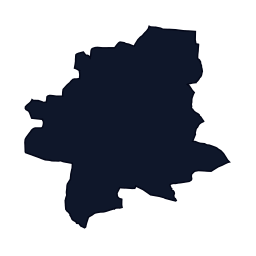 outline of Kahama Township Authority, Shinyanga, United Republic of Tanzania, rotated 95°
{"feature_id": "72390352B16659808480234", "entity_name": "Kahama Township Authority", "entity_type": "district", "adm_level": 2, "iso_a3": "TZA", "parent_name": "United Republic of Tanzania", "parent_adm1": "Shinyanga", "projection": "natural_earth1", "projection_center": [32.63, -3.838], "detail": "fine", "context": "isolated", "style": "filled", "palette": "ink", "viewbox_px": 256, "rotation_deg": 95, "n_neighbors": 0, "source": "geoboundaries", "source_scale": "gbopen_adm2", "svg_char_len": 5466}
<svg xmlns="http://www.w3.org/2000/svg" viewBox="0 0 256 256"><g transform="rotate(95 128 128)"><path d="M24.8,115.8L25.7,116.0L26.0,116.1L27.0,116.2L28.5,117.1L29.5,117.7L30.2,118.2L31.8,119.6L32.2,119.8L33.0,120.5L34.7,121.6L36.4,123.6L39.2,125.8L40.6,126.5L44.1,128.3L45.7,128.7L45.8,130.1L44.4,134.7L44.2,137.2L43.9,138.2L43.4,139.2L43.3,140.4L43.1,143.4L43.4,143.9L43.8,144.5L44.5,145.1L46.0,146.2L49.3,148.3L50.4,160.5L50.4,164.7L50.4,165.5L50.6,166.7L50.8,167.7L51.2,168.7L51.7,169.9L52.2,170.7L53.0,171.2L54.4,171.5L59.3,171.5L60.1,171.7L61.4,171.8L60.2,172.8L59.7,173.3L59.3,174.0L59.1,175.2L59.2,175.8L59.4,176.3L56.2,179.1L57.9,183.8L58.8,185.5L59.5,186.2L61.1,186.3L62.4,186.2L64.1,186.2L64.9,186.1L66.3,186.0L68.0,186.1L68.8,186.1L69.9,186.2L73.0,186.5L73.5,184.6L75.1,181.2L75.8,181.4L76.5,181.2L77.3,181.0L78.5,180.7L79.6,180.6L80.9,180.6L83.0,180.6L83.6,183.0L83.9,185.8L84.1,186.2L84.4,187.1L86.3,188.8L88.0,189.9L89.1,191.1L90.0,191.9L90.5,192.4L95.1,195.9L95.7,196.0L98.2,196.1L100.2,196.0L102.0,195.9L102.6,202.0L102.4,206.0L102.4,208.8L103.1,210.6L104.0,211.4L106.8,211.4L109.4,211.7L109.6,212.9L109.8,213.7L109.9,214.8L109.4,215.9L108.9,218.1L108.5,219.6L108.8,224.9L108.1,226.1L108.8,226.3L110.7,227.3L112.1,228.6L113.8,230.4L115.8,232.0L117.4,232.0L118.5,231.2L119.8,228.4L121.5,227.2L126.6,224.8L126.8,213.9L127.6,213.7L128.4,213.1L129.5,212.7L130.9,212.6L131.5,212.6L132.9,212.8L134.4,213.1L135.5,214.0L135.7,215.9L136.1,220.5L136.9,222.2L138.5,223.8L139.0,224.1L140.4,224.8L141.4,225.5L142.5,226.2L143.8,227.0L145.0,227.7L145.9,228.3L146.1,228.4L147.0,228.8L148.1,229.3L149.0,229.4L151.5,229.4L154.3,229.0L155.3,228.9L158.4,228.5L160.4,228.3L161.4,227.9L164.5,216.2L165.4,212.9L165.7,212.1L166.5,209.2L166.9,207.7L166.9,207.4L166.7,207.4L166.9,207.0L166.9,206.9L166.9,205.6L166.9,205.4L166.9,204.1L166.9,203.7L167.1,202.1L167.2,201.4L167.3,201.0L167.2,199.7L167.2,199.1L167.1,198.1L167.0,196.5L167.0,196.2L167.0,195.9L166.9,194.3L166.7,193.5L166.5,192.8L166.5,191.6L166.9,190.7L167.0,190.0L167.2,189.0L167.4,186.9L167.5,185.5L167.7,183.6L168.0,180.4L168.5,180.3L169.8,180.2L172.8,180.1L174.0,180.3L176.4,180.6L178.9,180.9L179.1,180.9L184.5,180.9L184.8,181.2L184.8,181.3L188.0,182.9L188.9,183.4L190.0,183.6L191.0,183.7L193.5,183.6L196.3,183.7L197.1,183.7L197.4,183.7L197.5,183.6L198.1,183.6L199.3,183.3L200.4,183.1L202.6,183.7L204.5,184.0L205.3,184.0L205.6,184.2L208.0,183.9L208.4,183.8L208.5,183.8L209.8,183.6L210.7,183.5L214.2,182.9L214.3,182.9L215.1,182.2L215.6,181.9L216.1,181.4L216.5,180.8L216.9,180.1L217.4,179.6L217.5,179.5L217.9,179.2L218.0,179.0L218.2,178.8L218.8,178.4L219.0,178.0L219.7,178.1L220.1,178.1L220.3,177.8L220.5,177.7L221.0,177.3L221.9,176.7L222.9,176.2L223.7,175.7L223.8,175.7L224.6,174.7L225.4,172.9L225.8,172.0L226.4,171.4L226.9,171.2L227.4,170.8L227.4,170.2L227.4,169.6L227.3,169.2L227.3,168.8L227.4,168.4L227.7,168.2L228.3,167.8L228.6,167.5L228.8,167.4L229.7,166.2L229.8,166.2L230.0,166.1L229.9,165.7L230.2,165.1L230.7,163.8L231.2,162.6L230.8,162.1L230.3,161.6L228.4,161.4L226.0,161.0L223.5,160.4L221.3,159.9L220.3,159.7L219.0,158.0L217.8,156.2L217.6,156.0L216.0,154.2L215.4,153.0L214.9,151.4L214.3,149.1L214.1,148.3L213.7,145.2L213.3,143.8L212.4,141.5L211.1,138.5L210.8,137.7L209.9,135.5L209.9,135.2L209.8,135.3L208.8,133.1L208.4,130.7L208.4,129.3L207.9,127.9L207.6,127.0L205.4,127.6L204.6,127.7L201.7,127.9L199.5,128.0L199.4,128.3L199.2,129.9L198.5,131.4L198.1,131.7L197.8,132.0L197.1,132.6L196.0,132.9L195.5,133.0L193.7,133.3L192.8,132.9L192.3,132.7L188.1,131.0L188.1,129.8L188.0,125.8L187.9,125.4L187.8,120.5L187.8,119.1L187.8,118.8L187.5,116.0L186.5,115.6L185.1,115.2L188.0,107.6L190.9,102.5L192.6,99.6L192.6,99.2L193.3,90.8L193.7,88.7L194.2,85.9L194.7,84.9L196.1,76.8L196.5,74.2L196.0,73.6L194.3,74.7L193.5,76.0L191.1,76.6L189.3,76.1L187.8,76.5L186.6,77.5L186.2,79.2L184.5,79.2L183.9,80.2L182.7,80.6L181.5,81.3L181.0,81.2L180.5,81.0L179.8,79.8L179.2,78.0L179.1,76.0L178.3,73.0L177.9,70.9L177.6,69.6L176.5,65.2L175.8,62.4L174.5,60.6L173.2,60.1L170.4,60.8L168.3,60.6L165.6,58.2L165.4,58.0L165.2,57.7L164.2,54.2L164.0,48.1L164.0,46.4L164.0,45.4L163.8,41.4L162.0,39.1L158.7,34.7L156.8,31.0L154.8,27.8L153.5,25.5L153.0,24.0L151.2,26.1L149.4,27.4L145.2,30.6L142.7,33.4L142.5,33.7L141.2,36.4L140.6,37.1L139.8,38.8L138.7,42.8L138.0,45.6L138.0,47.3L138.0,48.1L137.0,50.4L137.0,54.6L136.6,56.8L135.9,59.0L135.7,59.5L135.6,62.5L132.9,61.7L131.6,61.3L128.4,60.3L127.5,60.6L126.7,60.7L123.0,60.1L122.1,59.7L121.2,58.9L118.5,57.8L117.4,56.9L116.1,55.4L115.2,53.7L114.7,53.2L113.7,54.1L112.0,55.5L110.7,56.5L109.8,57.9L108.5,58.4L108.3,58.9L107.8,59.5L107.4,60.4L106.9,61.6L105.9,63.3L105.0,64.3L103.7,65.3L103.2,66.3L101.9,66.7L100.9,66.5L99.3,67.0L97.9,67.0L97.0,66.8L96.7,66.8L94.0,67.0L92.1,66.8L91.2,66.5L89.9,66.2L88.5,65.8L86.9,65.1L84.9,67.3L80.8,70.5L79.9,71.9L79.4,72.6L78.8,71.6L77.5,67.7L76.8,64.2L76.4,64.2L75.5,63.3L74.3,62.4L72.8,61.5L71.7,61.1L70.5,60.0L68.8,59.4L66.6,59.2L65.1,58.9L64.3,59.1L63.9,59.2L63.5,59.3L62.6,59.5L61.1,60.1L59.5,60.3L57.2,61.4L55.9,61.5L54.9,62.2L54.0,62.8L52.8,64.7L50.8,64.9L48.3,65.0L45.2,64.9L43.0,65.0L40.1,65.0L38.9,65.0L38.5,65.1L38.3,67.3L38.3,67.7L37.9,67.8L37.7,67.9L37.2,68.0L34.9,68.6L34.3,68.8L33.9,68.8L26.0,69.3L26.1,75.1L26.1,75.7L26.3,80.2L26.3,81.8L26.1,87.0L26.0,89.2L26.2,95.7L26.2,95.8L26.3,96.3L26.6,102.0L26.3,102.7L25.8,104.1L25.7,104.6L25.4,107.6L25.2,109.1L25.3,110.6L25.4,114.3L24.8,115.8Z" fill="#0f172a" stroke="#020617" stroke-width="1.5"/></g></svg>